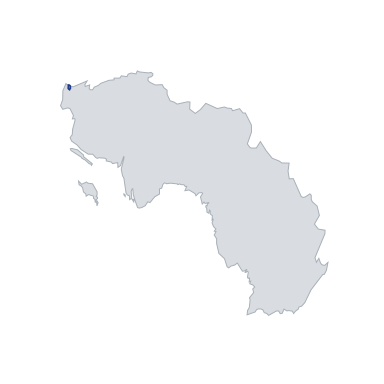 location of Malmö, Skåne, Sweden, rotated 103°
{"feature_id": "70781695B15028769687560", "entity_name": "Malmö", "entity_type": "district", "adm_level": 2, "iso_a3": "SWE", "parent_name": "Sweden", "parent_adm1": "Skåne", "projection": "natural_earth1", "projection_center": [13.073, 55.586], "detail": "fine", "context": "in_parent", "style": "filled", "palette": "blue", "viewbox_px": 384, "rotation_deg": 103, "n_neighbors": 0, "source": "geoboundaries", "source_scale": "gbopen_adm2", "svg_char_len": 4083}
<svg xmlns="http://www.w3.org/2000/svg" viewBox="0 0 384 384"><g transform="rotate(103 192 192)"><path d="M88.9,257.6L90.3,260.4L93.3,260.0L94.5,258.0L96.0,251.9L94.1,245.2L96.7,242.9L98.4,239.2L102.5,238.2L108.0,233.9L108.5,229.5L109.7,226.3L105.1,216.6L104.8,214.2L111.8,212.9L114.7,206.5L109.9,202.4L102.5,198.5L105.0,186.2L101.9,179.5L102.3,176.7L101.8,172.4L103.7,170.7L100.1,164.4L103.6,160.1L103.0,157.8L113.4,149.2L120.2,147.5L132.7,148.9L135.7,145.4L135.8,143.6L134.6,139.2L127.5,136.7L135.2,128.9L141.1,121.4L142.2,114.1L143.5,111.0L142.0,103.9L150.1,103.1L157.3,100.2L156.2,96.3L171.9,84.5L172.3,82.4L171.1,80.3L167.3,76.7L168.3,75.1L172.5,74.1L174.5,72.5L177.6,66.9L186.2,62.6L195.7,65.5L199.7,60.6L199.3,53.8L202.7,53.1L228.3,57.4L232.5,54.9L228.1,53.5L232.3,50.8L233.5,49.2L233.8,47.2L233.6,46.2L230.0,43.7L238.0,43.4L242.4,44.5L242.9,46.0L260.5,54.0L274.4,57.2L278.5,59.4L280.0,61.9L282.2,62.1L284.9,64.4L287.6,65.7L285.5,67.4L285.8,71.1L286.5,72.8L285.4,76.0L289.9,76.8L290.7,78.7L288.5,80.7L288.9,82.9L295.0,89.6L293.6,91.7L293.3,94.5L290.8,96.5L290.5,98.6L291.1,101.3L292.1,102.6L294.7,103.5L299.3,110.7L295.0,111.2L291.6,110.2L284.0,111.1L282.1,112.2L276.1,109.3L272.8,111.0L270.5,109.5L268.8,111.9L268.4,115.1L265.7,114.8L266.7,116.1L263.0,116.5L262.8,117.0L263.6,117.8L262.5,118.8L257.4,119.1L256.7,120.2L258.3,121.4L258.3,122.2L254.9,121.1L257.3,123.4L257.8,125.1L251.0,131.9L253.4,133.7L255.5,137.5L257.7,139.2L256.9,141.0L249.7,145.3L245.8,152.0L236.7,156.4L232.0,157.5L228.9,160.7L225.2,159.7L225.1,161.5L222.7,160.4L220.9,163.2L217.6,165.5L214.0,165.1L213.6,165.5L214.7,166.2L210.5,166.8L209.3,169.3L206.2,170.0L205.7,170.8L208.9,170.9L208.3,172.9L204.7,173.9L203.5,175.2L201.9,175.2L202.2,174.2L199.8,174.3L199.0,173.1L198.5,173.4L200.2,176.7L199.1,178.0L201.4,179.3L194.9,182.6L190.9,181.3L190.4,182.3L191.3,185.1L194.8,187.3L192.8,188.8L190.7,195.3L192.3,199.2L187.7,198.4L188.1,199.9L186.7,201.6L187.3,204.2L186.9,205.9L188.0,207.4L187.4,208.1L188.3,215.3L189.6,218.3L189.2,220.8L191.1,222.1L195.1,222.4L196.3,224.4L201.3,223.2L205.0,227.2L211.8,230.6L211.5,232.9L215.9,234.5L218.5,237.5L219.6,240.0L219.3,241.6L212.7,245.8L207.6,248.7L202.2,250.4L202.5,251.1L205.2,251.4L211.6,249.3L213.5,251.1L210.0,251.9L209.4,254.4L207.9,256.0L193.8,261.5L191.9,263.3L185.6,266.1L174.1,265.9L172.4,266.5L182.4,267.6L184.7,269.7L180.1,271.0L182.2,275.9L181.0,277.1L181.0,282.6L179.3,282.7L178.7,284.9L179.6,290.4L180.5,291.9L180.1,293.5L177.5,297.2L178.5,301.6L175.5,309.7L172.1,314.4L169.5,320.7L166.5,323.0L163.0,321.6L157.7,322.4L148.1,322.1L146.9,322.7L147.7,325.0L144.2,324.7L138.2,329.6L138.0,331.9L140.5,336.5L137.5,339.5L131.0,338.8L122.4,340.6L114.7,339.2L115.7,337.6L116.3,331.5L107.4,319.2L111.5,320.5L113.2,319.8L110.7,315.8L114.2,315.5L115.3,314.1L114.7,311.8L111.8,310.8L109.2,307.2L106.6,305.3L101.9,298.1L100.2,293.1L98.6,293.6L97.2,287.9L94.7,287.0L94.2,281.3L91.5,280.7L89.8,278.1L89.5,273.1L86.3,272.5L86.8,270.1L85.8,261.4L84.7,258.6L85.6,256.7L87.3,256.5L88.9,257.6ZM222.6,284.4L221.1,284.9L220.3,286.5L218.1,287.3L217.8,292.3L219.9,294.2L217.8,295.0L216.4,297.7L212.6,299.5L211.1,301.2L210.3,303.7L206.9,305.0L209.3,301.3L206.0,297.1L206.8,295.5L206.4,290.7L213.2,284.5L216.4,283.8L217.8,284.4L218.4,282.9L219.4,282.6L222.6,284.4ZM178.8,319.2L177.2,320.3L176.6,318.7L176.7,312.9L180.4,306.0L182.1,305.4L186.6,296.0L187.1,295.4L188.7,296.0L187.5,296.9L187.6,298.5L184.8,303.5L184.0,306.8L183.0,307.6L178.8,319.2ZM223.9,282.4L223.6,283.8L221.9,282.7L223.5,281.1L226.9,281.5L223.9,282.4ZM214.8,246.5L212.6,248.7L212.2,247.8L212.6,246.7L214.8,246.5ZM210.2,257.7L209.1,257.9L209.9,256.4L211.4,256.1L210.2,257.7Z" fill="#d9dde1" stroke="#a8b0b8" stroke-width="1"/><path d="M119.1,335.9L119.1,335.6L119.3,335.4L119.6,335.2L119.7,334.9L119.9,334.4L120.0,334.3L119.8,334.1L119.2,334.1L118.7,334.0L118.4,333.8L118.1,333.7L117.6,333.9L116.8,334.1L116.0,334.5L115.5,335.2L115.3,335.8L115.4,336.4L115.6,336.7L115.8,336.6L116.4,336.3L117.1,336.3L117.5,336.3L118.5,336.1L119.1,335.9L119.1,335.9Z" fill="#3b82f6" stroke="#1e3a8a" stroke-width="1.5"/></g></svg>